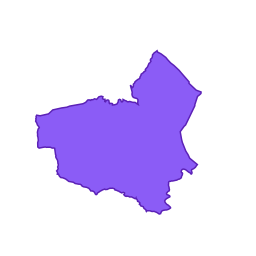 San Melchor Betaza, Oaxaca, Mexico (orthographic projection), rotated 216°
{"feature_id": "50627088B57690214716715", "entity_name": "San Melchor Betaza", "entity_type": "district", "adm_level": 2, "iso_a3": "MEX", "parent_name": "Mexico", "parent_adm1": "Oaxaca", "projection": "orthographic", "projection_center": [-96.157, 17.242], "detail": "fine", "context": "isolated", "style": "filled", "palette": "violet", "viewbox_px": 256, "rotation_deg": 216, "n_neighbors": 0, "source": "geoboundaries", "source_scale": "gbopen_adm2", "svg_char_len": 4600}
<svg xmlns="http://www.w3.org/2000/svg" viewBox="0 0 256 256"><g transform="rotate(216 128 128)"><path d="M149.9,207.6L150.5,205.3L151.0,204.5L151.0,203.4L151.2,201.7L150.3,200.2L149.8,198.7L150.2,197.0L149.8,196.0L148.7,195.6L148.6,193.7L149.0,192.6L148.1,188.8L148.3,187.1L148.4,185.6L147.4,184.7L148.2,182.7L148.0,182.2L148.9,179.5L149.0,179.2L148.4,178.1L148.4,177.1L148.2,176.1L148.0,175.8L147.7,175.3L148.0,174.1L148.6,173.0L149.2,170.9L149.5,169.1L149.3,168.9L149.1,168.5L149.4,166.6L148.8,165.7L148.3,165.3L148.0,163.9L148.1,163.3L151.3,164.1L148.9,162.1L146.2,159.9L145.2,158.9L144.8,157.8L143.4,156.5L141.7,155.9L139.9,156.4L138.3,157.1L136.8,156.9L135.7,155.5L134.9,153.9L133.6,153.0L134.4,152.9L137.3,152.9L139.3,151.5L142.2,150.5L143.4,149.1L144.5,148.8L145.3,148.9L146.4,148.5L148.8,148.2L148.0,146.9L147.9,146.0L148.7,145.3L150.6,146.5L151.7,146.2L152.2,145.1L151.2,143.0L151.1,140.8L152.6,138.8L154.1,137.5L154.8,138.5L155.3,138.5L156.9,137.5L157.0,137.0L157.6,137.0L159.7,139.0L160.4,139.0L161.3,138.4L161.8,137.3L161.6,136.0L162.4,135.8L163.5,137.7L165.0,136.7L166.1,137.1L166.7,138.6L168.4,138.0L169.9,136.1L170.2,132.7L172.2,132.0L173.0,130.3L174.5,129.2L174.4,128.4L175.2,128.1L175.9,128.0L177.0,127.0L177.3,123.9L178.6,121.3L179.6,120.2L188.0,111.5L189.7,108.9L193.6,105.1L199.5,98.4L200.6,92.7L206.3,86.2L209.4,84.7L209.2,83.3L208.5,82.8L208.1,81.4L207.3,80.6L206.7,79.2L206.2,79.0L204.7,78.4L203.1,77.2L201.1,76.7L200.0,76.1L200.1,74.3L199.2,72.2L198.8,71.3L197.5,69.9L196.5,68.4L195.4,67.6L193.3,65.3L193.1,64.8L192.4,63.0L189.8,59.6L188.1,59.5L185.4,62.4L183.8,64.0L182.7,64.4L182.1,64.9L179.5,66.8L177.5,67.2L176.6,68.0L175.4,68.5L171.0,63.9L170.3,63.6L169.6,62.4L169.5,62.2L168.6,61.6L166.1,60.5L165.7,60.1L165.2,59.7L164.6,59.0L163.7,58.0L163.2,57.9L162.3,56.4L162.0,55.1L160.6,54.1L160.4,52.6L160.5,51.3L159.3,50.9L158.6,50.2L158.0,49.1L157.2,49.8L155.1,48.7L153.3,48.4L151.5,49.4L148.5,50.1L144.5,50.0L140.3,52.0L138.3,52.0L137.3,52.4L136.4,52.9L135.6,53.2L134.5,53.8L133.8,54.3L132.3,54.5L130.9,54.0L129.4,54.3L126.6,55.7L124.2,56.2L122.4,55.7L121.0,55.2L120.1,56.0L118.6,56.4L117.3,56.3L115.7,55.4L114.8,55.3L114.3,55.7L114.2,56.1L114.5,57.4L113.7,59.5L113.2,61.0L112.5,62.1L112.4,62.8L112.0,63.3L110.9,64.9L110.2,64.9L108.8,66.0L107.9,67.6L107.1,68.8L106.6,69.0L104.9,70.4L104.5,70.4L103.2,70.9L102.0,70.2L101.6,70.5L100.4,70.9L99.2,71.1L98.4,71.5L97.7,71.4L94.9,71.8L94.1,73.1L93.4,73.3L92.7,73.5L92.0,72.5L92.2,71.6L91.7,71.5L90.7,71.3L89.9,71.4L89.2,71.7L89.1,72.1L88.1,72.6L87.0,73.1L86.0,73.2L84.8,74.3L80.6,75.0L80.2,75.3L80.3,75.9L80.1,75.7L79.7,75.8L78.2,75.2L77.1,74.3L76.4,74.8L74.8,74.3L74.2,74.3L74.0,73.0L72.8,73.0L71.9,72.5L69.4,73.3L67.7,72.3L66.9,72.4L65.1,72.2L64.7,71.6L64.1,71.3L64.1,71.6L63.7,72.5L63.1,72.8L62.6,73.3L62.0,73.6L61.5,74.0L60.9,74.1L59.4,74.6L58.9,75.1L58.5,75.4L57.9,75.9L57.1,76.1L56.3,76.3L55.2,76.6L53.6,76.7L52.4,76.7L52.0,76.9L51.8,77.2L51.6,77.5L51.3,77.9L51.5,78.3L51.6,79.1L51.8,79.9L51.8,80.6L51.5,81.4L51.2,81.9L50.5,82.7L49.6,83.6L48.8,84.2L48.3,84.8L47.8,85.5L47.3,86.3L46.8,87.6L46.7,88.0L46.6,88.4L46.8,88.6L47.5,88.9L48.8,89.1L49.4,89.1L50.0,89.2L50.9,89.2L51.4,89.0L52.6,89.2L54.1,89.6L54.6,89.9L54.9,90.2L55.2,90.4L55.4,90.5L55.5,90.8L55.6,91.9L55.5,92.5L55.2,93.8L54.8,94.5L54.4,95.5L54.1,96.1L53.8,96.6L53.7,97.0L54.1,97.4L54.4,97.6L54.7,97.7L55.2,97.4L55.9,97.5L57.2,97.0L58.0,97.3L58.5,98.0L58.4,98.8L58.4,99.6L58.2,100.4L58.0,100.9L57.7,101.4L57.9,101.8L58.4,102.7L59.1,103.2L59.9,104.1L60.5,104.6L61.3,105.1L61.8,105.9L62.1,106.1L62.3,106.7L63.2,107.8L63.3,108.5L63.0,109.3L62.1,110.0L61.7,110.8L60.8,111.3L58.4,114.0L58.0,114.4L57.6,115.1L57.3,115.8L57.0,116.3L56.5,116.7L56.3,117.1L55.7,118.5L55.8,119.5L56.2,120.1L56.4,121.3L56.5,122.0L56.8,122.5L56.9,122.9L57.3,123.4L57.6,123.6L58.0,123.6L58.5,123.3L59.2,123.9L59.5,124.2L59.7,124.7L59.8,125.6L59.8,126.2L59.5,126.8L59.1,127.3L58.0,127.8L57.1,128.1L55.5,128.1L54.3,128.0L52.5,128.0L51.8,128.2L51.2,128.2L50.4,127.9L50.1,128.0L49.8,127.9L49.6,128.3L49.6,128.6L49.9,129.4L50.3,129.8L51.0,130.3L51.4,130.5L51.6,130.9L51.9,131.4L52.0,131.8L51.8,132.2L51.6,132.6L51.2,133.2L51.0,133.6L50.6,135.1L50.6,135.3L50.4,135.6L50.4,136.3L50.5,137.8L50.4,138.5L50.4,139.2L60.3,139.8L63.7,141.7L67.7,143.3L75.6,148.3L78.1,150.4L83.6,155.7L83.6,162.4L83.2,164.3L87.0,185.3L87.6,186.0L90.3,194.3L90.2,194.9L89.6,197.0L89.3,198.5L89.4,199.1L90.1,200.1L95.0,198.7L104.5,199.9L104.9,200.0L105.7,201.2L117.4,203.9L120.6,204.7L127.7,205.6L131.8,205.7L135.9,206.5L138.9,207.3L144.9,207.4L148.7,206.8L149.9,207.6Z" fill="#8b5cf6" stroke="#5b21b6" stroke-width="1.5"/></g></svg>